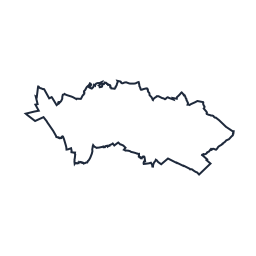 the district of Scoarta, Gorj, Romania, rotated 20°
{"feature_id": "2599482B81559571756333", "entity_name": "Scoarta", "entity_type": "district", "adm_level": 2, "iso_a3": "ROU", "parent_name": "Romania", "parent_adm1": "Gorj", "projection": "robinson", "projection_center": [23.445, 45.024], "detail": "fine", "context": "isolated", "style": "outline", "palette": "slate", "viewbox_px": 256, "rotation_deg": 20, "n_neighbors": 0, "source": "geoboundaries", "source_scale": "gbopen_adm2", "svg_char_len": 5624}
<svg xmlns="http://www.w3.org/2000/svg" viewBox="0 0 256 256"><g transform="rotate(20 128 128)"><path d="M90.1,179.8L90.2,179.4L90.5,179.3L90.5,178.9L90.9,178.7L91.6,178.6L92.0,178.8L92.7,178.5L92.9,178.1L93.3,178.0L93.2,177.8L93.2,177.5L93.5,177.5L93.6,176.9L93.9,177.1L94.0,177.0L94.0,176.8L94.0,176.7L94.5,176.6L95.1,176.1L95.5,176.1L95.6,176.4L95.9,176.5L96.3,176.1L96.8,176.3L97.0,176.0L97.3,176.0L97.2,176.4L97.6,176.4L97.6,176.2L97.8,176.1L98.2,176.3L98.2,176.1L99.3,176.0L100.2,175.1L100.5,174.7L101.5,174.3L101.6,172.8L102.1,171.9L102.4,170.7L102.7,168.7L102.8,164.5L102.5,162.0L101.7,160.3L101.4,158.3L101.1,157.1L101.1,156.0L102.7,157.0L105.5,157.4L105.9,157.0L107.3,156.4L110.2,154.6L111.0,153.9L111.5,154.4L111.9,154.0L112.3,154.1L112.8,154.0L112.9,153.8L112.7,153.2L113.0,152.8L114.5,151.8L115.2,152.5L115.5,152.0L116.7,151.0L116.4,150.6L118.6,148.5L119.0,147.8L121.1,149.1L122.7,146.6L123.8,145.0L126.4,146.1L127.2,145.9L129.6,146.1L132.4,147.4L131.6,149.8L132.2,149.8L133.3,150.1L134.2,149.7L136.2,149.2L137.8,149.1L139.1,149.4L141.4,149.1L143.9,148.9L144.9,149.0L145.5,148.8L146.3,148.8L146.6,149.0L147.2,148.6L147.8,150.1L147.7,150.4L147.9,151.2L148.3,151.3L148.7,151.6L149.0,151.5L149.5,151.1L150.3,151.2L150.2,151.5L150.1,151.9L150.6,152.1L150.8,152.0L150.5,151.8L151.2,151.4L151.4,150.7L151.7,150.4L151.6,150.1L151.7,149.8L152.0,149.7L152.3,149.8L152.6,149.4L152.9,149.6L153.2,149.5L153.8,150.3L155.5,153.5L154.5,154.0L154.6,155.6L155.1,156.4L157.0,155.5L159.8,154.0L161.4,152.8L163.3,154.4L164.1,155.9L164.7,155.7L164.3,154.5L164.2,152.5L164.4,151.2L165.0,149.5L165.0,148.3L166.0,148.5L168.0,149.7L171.6,150.7L176.0,143.0L185.7,144.2L185.7,143.9L193.1,144.7L193.2,144.4L200.0,145.2L200.5,145.6L201.9,145.0L202.9,145.1L203.2,145.3L204.7,145.7L206.5,146.1L208.1,146.1L210.7,147.4L217.7,133.2L212.7,131.3L213.1,130.4L207.6,128.3L206.8,128.1L206.8,127.8L207.3,127.4L207.7,127.3L207.7,126.9L207.8,126.7L208.6,126.7L208.9,126.6L210.2,125.5L210.6,124.8L210.6,124.1L211.0,123.8L211.0,123.5L212.1,122.5L212.5,121.2L212.6,120.9L212.8,120.3L213.0,120.6L213.5,120.0L213.8,120.1L214.0,119.9L214.2,119.6L214.1,119.1L214.3,119.1L214.9,118.5L215.4,118.3L218.1,118.3L218.8,116.9L219.2,115.0L219.9,113.8L221.5,111.9L222.4,110.5L222.2,110.3L223.6,108.3L224.1,107.3L224.5,106.1L226.7,104.0L228.2,100.4L229.0,99.1L228.5,97.2L228.9,97.1L228.4,94.9L227.2,95.2L219.7,93.4L210.9,89.5L206.9,88.2L206.3,88.5L205.3,88.3L204.1,87.5L202.9,87.5L201.8,87.9L200.4,87.8L199.3,88.0L197.3,87.9L197.0,87.7L196.8,87.2L196.8,86.4L196.1,85.8L192.5,83.8L192.8,82.8L192.5,81.6L191.9,81.3L190.6,80.0L190.2,79.2L190.0,78.2L189.8,78.0L184.0,78.9L182.1,81.0L178.9,84.1L178.0,85.3L177.6,85.2L176.0,85.7L175.9,84.4L175.6,83.7L174.8,83.1L174.5,82.6L173.7,82.1L173.2,81.4L173.1,80.9L172.2,80.3L171.4,79.4L171.0,78.8L170.5,78.4L170.1,77.9L169.2,77.7L169.3,78.0L169.2,78.1L168.6,77.3L168.0,77.2L166.6,76.3L166.2,76.2L165.8,77.0L165.3,78.5L164.2,80.9L163.5,82.1L163.5,82.6L163.8,83.8L159.8,84.5L161.0,85.7L155.9,85.7L154.9,85.5L154.0,86.4L153.5,87.6L152.9,88.3L151.4,88.0L149.7,88.2L145.8,87.7L145.1,88.1L144.4,88.1L144.1,88.4L143.7,89.4L142.7,90.6L142.3,91.5L142.0,91.9L141.9,92.5L141.9,93.2L141.6,93.1L140.8,92.1L139.3,90.8L138.4,90.5L138.0,90.2L137.0,89.7L136.4,88.4L135.8,87.6L134.8,87.2L134.1,86.5L133.9,86.1L133.8,85.5L133.0,85.0L133.1,84.8L132.8,84.4L132.2,84.3L131.5,84.6L128.7,86.5L128.6,86.8L127.5,87.5L127.0,87.6L126.6,87.2L126.4,86.8L126.1,86.7L125.8,86.0L124.4,84.8L124.0,83.8L123.3,82.8L123.2,82.4L122.3,81.2L121.3,81.9L120.1,83.2L119.2,83.9L115.6,85.3L114.1,85.7L110.6,85.7L109.1,86.5L107.7,87.8L106.8,88.0L105.9,87.7L105.4,87.0L105.1,86.9L101.9,87.3L102.4,87.8L102.6,88.1L102.5,90.4L102.7,91.4L102.6,92.5L102.2,93.3L102.5,94.0L102.4,94.5L102.0,95.2L102.0,95.7L100.5,96.0L98.8,96.5L98.5,96.1L98.0,95.8L97.5,95.9L97.1,95.3L97.3,95.0L97.2,94.6L96.2,93.8L95.5,93.9L94.6,94.4L93.9,93.6L93.1,93.8L92.7,93.3L92.0,93.0L91.7,93.0L91.5,93.3L90.5,93.3L90.4,93.3L90.6,94.0L90.4,94.9L88.7,95.5L89.0,96.1L89.0,96.5L89.4,97.0L89.3,97.3L89.4,98.0L88.8,98.6L87.5,99.3L86.9,98.2L86.1,98.0L86.4,97.6L86.9,96.2L86.4,95.9L87.6,94.6L87.7,93.7L86.0,95.4L83.9,96.3L82.9,97.2L82.5,98.3L82.5,98.9L82.6,99.4L81.3,99.0L81.3,99.7L81.4,100.8L81.3,101.7L81.0,102.2L80.7,102.4L80.6,103.2L80.3,103.4L78.2,103.2L77.0,102.9L77.2,102.3L78.3,101.5L78.6,99.9L78.2,99.6L78.0,100.0L77.8,100.0L77.4,99.7L77.1,99.1L76.9,99.1L76.9,99.5L77.0,99.9L76.6,100.9L76.6,101.4L76.0,102.1L75.3,103.6L75.1,104.3L75.0,105.7L74.8,106.1L74.8,106.9L74.1,108.4L74.3,109.3L74.8,109.5L74.9,110.1L75.2,110.7L74.8,111.5L74.8,112.1L74.3,112.7L73.9,115.8L73.7,116.8L69.9,117.9L69.7,118.5L66.0,117.9L64.2,117.8L59.3,118.0L57.4,117.9L56.8,117.7L56.6,118.2L55.7,118.7L55.4,119.1L55.6,121.2L56.2,123.0L56.0,125.4L55.5,126.7L53.8,127.4L53.7,127.9L53.8,128.2L54.7,128.6L53.6,130.0L53.1,130.9L46.2,125.4L45.7,125.1L43.8,127.1L36.0,120.3L35.6,120.2L34.5,120.6L33.1,120.4L31.8,120.6L31.0,120.4L29.9,119.7L29.4,119.7L29.4,120.1L31.7,130.1L30.5,129.9L34.9,136.5L33.0,137.7L38.2,142.3L34.5,144.5L27.0,149.5L28.8,150.2L38.3,153.2L44.9,146.7L49.5,149.6L50.1,150.2L58.7,156.3L62.9,159.9L63.8,161.0L64.3,160.8L64.9,160.9L65.5,160.6L66.1,161.0L67.4,161.0L67.5,160.9L67.3,160.6L68.0,160.6L68.7,160.3L68.7,160.0L68.8,159.9L68.6,159.4L68.7,159.2L68.8,159.0L69.0,159.2L69.2,158.9L69.3,159.2L69.5,159.2L69.7,158.7L69.9,158.9L70.2,158.7L71.7,160.4L75.6,165.7L76.6,167.2L77.6,169.3L78.9,168.6L81.4,166.5L82.8,168.7L83.0,169.9L83.1,170.1L83.8,169.9L84.0,170.0L86.6,169.2L86.7,169.8L86.5,170.1L87.4,170.8L87.5,171.2L88.3,174.5L88.5,175.9L88.9,176.9L89.2,178.0L90.1,179.8Z" fill="none" stroke="#1e293b" stroke-width="2"/></g></svg>